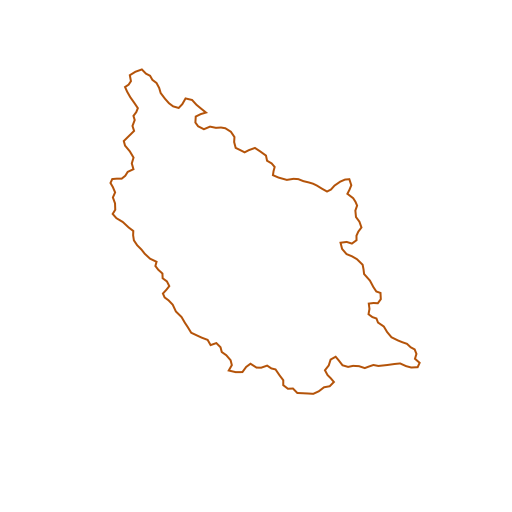 the district of São José do Calçado, Espírito Santo, Brazil, rotated 117°
{"feature_id": "56859067B24817345610038", "entity_name": "São José do Calçado", "entity_type": "district", "adm_level": 2, "iso_a3": "BRA", "parent_name": "Brazil", "parent_adm1": "Espírito Santo", "projection": "orthographic", "projection_center": [-41.661, -20.976], "detail": "fine", "context": "isolated", "style": "outline", "palette": "amber", "viewbox_px": 512, "rotation_deg": 117, "n_neighbors": 0, "source": "geoboundaries", "source_scale": "gbopen_adm2", "svg_char_len": 2753}
<svg xmlns="http://www.w3.org/2000/svg" viewBox="0 0 512 512"><g transform="rotate(117 256 256)"><path d="M289.3,83.5L286.3,78.8L286.0,72.3L284.9,67.1L281.7,61.5L276.9,61.7L275.4,67.7L270.4,68.6L267.2,72.2L267.1,76.8L265.7,81.6L266.4,86.5L266.8,91.1L266.9,98.4L264.2,104.7L260.8,110.1L259.9,117.1L257.0,120.3L257.6,124.6L256.8,129.3L251.6,130.9L247.2,133.9L244.5,129.9L242.8,126.0L237.8,125.2L232.4,128.3L233.0,132.7L230.4,137.3L226.2,143.3L223.0,151.5L219.0,154.2L215.4,157.0L213.0,164.6L212.7,170.4L213.2,176.2L210.6,182.5L205.8,186.7L202.3,181.6L201.4,176.2L196.3,173.6L192.3,175.7L187.8,175.9L182.7,175.0L178.5,179.4L175.9,184.6L170.4,188.1L165.2,188.8L162.6,191.9L160.4,195.6L159.1,202.8L154.5,202.8L149.7,203.2L145.2,207.7L147.5,211.4L151.5,214.7L157.6,218.0L162.8,219.4L166.3,222.0L166.1,227.6L165.6,233.8L165.7,238.1L166.5,242.4L167.8,247.8L168.3,253.2L170.2,257.6L174.2,263.1L175.9,271.6L176.3,277.6L172.4,278.9L168.2,279.8L166.4,284.1L166.1,289.4L162.0,292.7L160.9,299.8L160.2,306.0L164.9,310.4L168.8,313.2L168.8,318.6L168.9,323.2L164.4,327.2L159.8,329.2L156.7,334.8L156.1,341.3L157.4,345.5L160.0,349.9L161.6,355.7L166.7,360.0L166.7,366.5L164.6,370.6L159.1,373.0L154.6,369.6L150.9,365.7L149.5,372.4L148.3,377.7L146.0,383.8L147.6,390.3L154.2,390.6L159.2,392.1L160.3,397.8L159.4,402.9L157.2,408.5L154.1,414.9L150.2,418.6L147.0,423.2L146.1,428.3L143.5,432.2L143.5,436.8L141.6,442.4L146.6,447.1L152.2,450.5L157.0,446.8L161.2,447.3L164.9,449.4L168.1,445.4L171.6,440.1L174.8,434.0L177.9,428.4L182.2,428.0L186.8,428.8L189.9,425.8L196.2,425.1L199.9,421.4L213.6,426.0L217.1,422.8L220.0,416.0L223.9,409.8L229.9,408.7L234.3,404.6L239.3,408.5L243.9,408.9L248.1,410.8L250.2,415.0L252.7,419.0L257.0,418.8L259.6,414.8L263.3,410.4L268.8,410.1L273.1,405.5L278.7,402.4L283.6,402.8L285.7,397.5L286.2,390.0L288.4,382.4L289.4,376.7L293.3,374.9L297.5,371.9L300.4,366.7L302.3,360.9L304.5,356.2L306.5,349.2L306.3,342.0L310.6,341.1L312.6,336.9L314.1,331.4L318.2,329.1L319.1,323.8L322.2,319.6L326.7,320.5L331.7,321.9L334.4,318.6L335.2,313.8L337.2,308.1L341.8,302.2L344.2,294.6L347.7,289.2L350.3,284.6L353.8,278.9L353.6,272.6L353.4,267.3L352.7,261.0L356.0,256.0L351.6,251.8L353.4,246.2L357.1,242.9L357.9,237.4L360.4,231.3L364.2,228.0L370.4,228.3L368.7,221.3L365.6,215.4L359.3,214.4L354.5,212.0L355.2,204.9L353.2,200.7L348.6,196.3L349.2,191.3L348.2,187.1L351.7,180.7L354.3,175.3L358.7,173.1L359.8,167.3L357.3,162.9L359.3,157.0L356.9,151.7L354.8,147.0L352.8,142.4L348.0,138.6L342.1,135.8L338.6,131.2L332.9,129.4L331.0,133.9L329.6,138.2L326.5,142.7L320.5,141.5L314.4,142.5L309.6,139.3L311.5,134.8L314.1,129.3L313.0,123.6L309.8,119.6L307.4,114.2L306.5,108.2L303.1,105.1L299.8,101.9L298.4,97.0L293.5,89.5L289.3,83.5Z" fill="none" stroke="#b45309" stroke-width="2"/></g></svg>